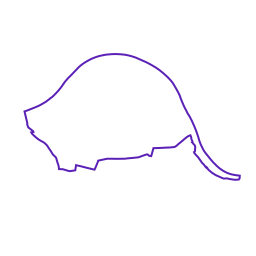 Westervoort, Gelderland, Netherlands, rotated 76°
{"feature_id": "6326949B9198746369374", "entity_name": "Westervoort", "entity_type": "district", "adm_level": 2, "iso_a3": "NLD", "parent_name": "Netherlands", "parent_adm1": "Gelderland", "projection": "mercator", "projection_center": [5.981, 51.96], "detail": "fine", "context": "isolated", "style": "outline", "palette": "violet", "viewbox_px": 256, "rotation_deg": 76, "n_neighbors": 0, "source": "geoboundaries", "source_scale": "gbopen_adm2", "svg_char_len": 5386}
<svg xmlns="http://www.w3.org/2000/svg" viewBox="0 0 256 256"><g transform="rotate(76 128 128)"><path d="M68.2,178.4L68.6,178.8L72.1,182.8L74.9,186.5L76.8,189.4L77.1,189.9L78.4,192.0L79.5,193.9L80.4,196.3L80.9,197.2L81.8,199.3L82.7,201.4L83.9,205.5L84.7,208.4L85.2,211.2L85.5,213.2L86.6,221.3L86.9,224.4L95.9,224.5L97.7,224.5L98.2,224.5L99.0,224.5L99.3,224.6L99.5,224.7L99.6,224.8L100.1,224.9L100.3,224.9L100.5,224.9L100.8,224.9L101.1,224.9L101.6,224.8L101.8,224.8L102.2,224.7L102.6,224.7L103.3,224.6L103.4,224.4L103.7,224.3L105.1,223.2L106.2,222.3L107.3,221.5L107.6,221.2L107.9,221.0L108.1,220.9L108.4,220.8L108.8,220.7L109.0,220.7L109.0,221.1L109.0,222.3L108.9,222.9L109.7,222.7L110.2,222.5L110.6,222.3L111.0,222.1L111.3,221.9L111.6,221.7L112.3,221.3L113.9,220.2L114.6,219.8L115.3,219.2L116.1,218.6L116.4,218.4L116.9,218.1L117.0,217.9L117.9,217.1L118.4,216.6L118.8,216.3L119.1,215.9L119.9,215.1L120.2,214.8L120.6,214.3L121.1,213.7L121.5,213.4L121.9,213.0L122.4,212.6L123.0,212.2L123.6,211.8L124.3,211.4L124.7,211.1L125.2,210.9L125.6,210.7L126.1,210.5L126.7,210.3L127.6,210.0L128.8,209.6L130.1,209.1L132.3,208.3L134.0,207.8L135.1,207.4L135.5,207.3L135.8,207.1L137.9,205.8L138.7,205.3L139.6,205.0L140.1,204.9L141.1,204.9L144.1,204.8L146.6,204.6L147.8,204.5L148.7,204.6L150.0,204.7L151.2,204.9L152.2,201.3L152.3,201.1L152.4,200.9L155.1,196.4L155.4,195.8L155.7,195.2L155.8,194.7L155.9,194.2L156.3,189.5L156.3,189.4L151.5,187.4L152.8,184.8L153.9,182.7L156.7,177.5L160.3,170.6L159.6,169.9L157.6,168.4L154.6,166.2L153.2,165.2L152.5,164.9L152.5,164.5L152.5,162.8L152.6,162.6L152.5,162.2L152.6,160.6L152.7,157.5L152.8,155.6L152.9,155.0L153.0,154.7L153.1,154.3L153.4,153.2L154.1,150.3L154.2,150.2L156.0,142.9L156.7,139.9L156.8,139.6L156.9,139.2L157.2,137.2L157.4,135.6L157.5,134.9L158.1,131.1L158.3,129.7L158.5,128.3L159.0,124.8L158.8,123.4L158.7,122.4L158.6,121.2L158.5,120.7L158.5,120.2L158.4,119.4L158.3,118.3L158.2,116.7L158.2,116.4L158.2,116.1L158.3,115.9L158.3,115.6L158.5,115.4L158.6,115.2L158.8,115.1L159.1,114.9L159.3,114.7L159.5,114.6L159.7,114.4L159.9,114.3L160.0,114.1L160.3,113.8L160.5,113.4L160.6,113.2L160.8,112.7L160.9,112.3L159.2,111.3L157.1,110.1L153.7,108.2L155.0,102.2L155.2,101.2L155.4,100.3L156.2,96.0L156.7,93.7L157.2,91.1L157.4,89.4L157.5,88.8L157.6,88.3L157.6,88.0L157.6,87.7L157.7,87.2L157.4,86.4L157.0,85.2L156.8,84.8L156.2,83.8L155.7,82.8L155.3,82.0L154.9,81.0L154.0,79.3L153.7,78.5L153.3,77.7L153.2,77.5L152.8,76.9L152.4,76.1L152.0,75.2L151.5,74.1L151.1,73.2L150.8,72.5L150.5,71.5L150.4,70.9L150.3,70.3L150.2,69.9L150.1,69.4L150.1,69.2L150.3,69.1L150.5,69.1L150.8,69.1L151.1,69.1L151.5,69.0L151.8,68.9L152.1,68.9L152.3,68.9L153.3,69.1L153.6,69.1L154.0,69.1L154.3,69.1L154.8,69.1L155.2,69.0L155.5,68.9L155.8,68.8L156.0,68.8L156.5,68.8L156.9,68.8L157.1,68.8L157.4,68.8L157.5,69.2L157.8,69.0L158.5,68.6L158.8,68.5L159.1,68.4L159.4,68.3L159.7,68.1L160.0,67.9L160.5,67.6L161.0,67.4L161.5,67.4L161.8,67.4L162.3,67.3L162.7,67.4L163.0,67.5L163.5,67.6L164.1,67.8L164.5,67.9L164.8,68.1L165.2,68.2L165.6,68.3L166.3,68.4L166.4,68.5L166.5,68.5L166.8,68.8L167.2,69.3L167.3,69.5L167.5,69.7L167.5,69.8L167.8,69.8L168.0,69.7L168.8,69.5L169.0,69.4L169.3,69.2L169.7,69.0L170.2,68.7L170.5,68.6L171.1,68.3L171.6,68.0L172.4,67.6L173.0,67.2L173.8,66.8L174.7,66.6L174.9,66.5L175.5,66.2L176.1,65.9L176.8,65.7L177.5,65.4L178.2,65.1L178.9,64.9L179.2,64.8L179.5,64.7L180.0,64.4L180.4,64.1L181.0,63.8L181.4,63.5L181.8,63.3L182.4,63.0L183.2,62.7L183.7,62.5L184.2,62.3L184.6,62.1L184.9,62.0L185.0,61.6L184.9,61.6L184.8,61.4L185.3,61.1L185.4,61.5L185.9,61.2L186.0,61.1L186.3,60.9L186.5,60.7L186.8,60.6L187.2,60.4L187.6,60.1L188.2,59.9L188.6,59.6L189.2,59.2L189.4,59.0L189.8,58.7L190.2,58.5L190.5,58.3L191.1,57.8L191.6,57.4L191.9,57.2L192.2,56.9L192.8,56.4L193.2,55.9L194.0,55.2L194.8,54.4L195.2,54.0L196.1,52.8L196.9,51.8L198.1,50.2L198.8,49.4L199.4,48.5L200.1,47.6L200.2,47.2L200.4,46.7L200.5,45.9L200.8,44.2L201.5,42.9L201.8,42.3L203.2,39.1L203.5,38.3L204.2,36.5L204.5,34.8L204.8,33.0L203.9,31.9L201.3,31.1L201.0,31.9L200.4,33.3L199.8,35.0L199.2,36.2L198.9,37.0L197.9,39.0L197.3,40.0L196.5,41.2L196.0,42.1L195.0,43.3L194.2,44.2L192.9,45.7L191.9,46.6L190.8,47.6L189.8,48.5L188.9,49.2L188.0,49.8L185.9,51.3L184.6,52.0L183.0,53.0L181.6,53.8L180.4,54.4L179.1,55.1L170.7,59.0L169.9,59.3L167.7,60.1L165.4,60.6L163.0,61.1L160.9,61.5L157.3,61.9L156.8,61.9L155.7,61.9L154.7,62.0L153.7,62.0L152.3,62.1L151.3,62.2L150.0,62.3L147.2,62.6L146.1,62.7L145.0,62.9L142.9,63.2L141.9,63.3L140.0,63.7L138.8,63.9L137.7,64.1L136.4,64.3L134.1,64.9L133.0,65.1L131.6,65.5L130.2,65.9L128.6,66.5L127.9,66.7L126.0,67.1L124.1,67.5L122.5,68.0L121.3,68.2L119.5,68.6L118.4,68.7L116.8,69.0L115.2,69.3L114.0,69.4L112.1,69.7L109.2,69.9L105.8,70.6L101.7,71.7L99.7,72.3L97.9,72.8L96.6,73.2L95.0,73.7L92.2,75.0L88.6,77.0L87.6,77.6L86.2,78.6L84.1,80.0L83.1,80.7L81.4,82.0L79.9,83.1L78.8,84.0L77.5,85.2L76.5,86.0L75.4,87.1L74.2,88.3L72.9,89.6L71.5,91.1L68.9,94.0L67.9,95.3L66.9,96.5L65.8,98.0L64.9,99.1L63.8,100.6L61.8,103.1L60.3,105.4L58.4,108.6L56.9,111.6L56.1,113.4L54.8,117.0L53.7,120.5L52.9,123.6L52.4,126.1L51.9,129.0L51.6,131.1L51.4,133.0L51.3,135.6L51.2,138.2L51.3,140.3L51.4,142.0L51.7,144.2L52.0,146.5L52.6,149.1L53.7,153.1L54.7,156.0L55.9,158.8L57.2,161.3L58.5,163.3L61.0,167.3L63.1,170.6L64.2,172.5L65.3,174.3L66.9,176.6L67.1,176.9L67.4,177.3L68.0,178.1L68.2,178.4Z" fill="none" stroke="#5b21b6" stroke-width="2"/></g></svg>